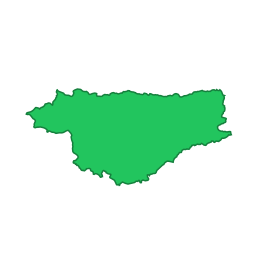 Soem Ngam, Lampang, Thailand, rotated 103°
{"feature_id": "78962969B38792830177275", "entity_name": "Soem Ngam", "entity_type": "district", "adm_level": 2, "iso_a3": "THA", "parent_name": "Thailand", "parent_adm1": "Lampang", "projection": "robinson", "projection_center": [99.143, 18.079], "detail": "fine", "context": "isolated", "style": "filled", "palette": "green", "viewbox_px": 256, "rotation_deg": 103, "n_neighbors": 0, "source": "geoboundaries", "source_scale": "gbopen_adm2", "svg_char_len": 5814}
<svg xmlns="http://www.w3.org/2000/svg" viewBox="0 0 256 256"><g transform="rotate(103 128 128)"><path d="M111.3,25.8L110.0,26.7L108.7,27.1L108.5,27.3L108.6,28.2L109.0,28.9L109.0,29.5L109.4,30.0L109.6,31.0L109.7,31.7L109.5,32.7L110.1,34.1L109.8,35.4L110.1,36.1L110.2,37.0L109.9,38.3L109.7,39.0L109.0,39.9L108.5,40.4L106.5,41.1L106.1,41.0L104.4,39.6L104.0,38.7L102.7,37.7L102.4,36.5L101.5,35.8L100.6,34.5L100.1,34.2L99.4,34.2L98.1,34.8L97.5,34.4L97.0,34.3L96.7,34.5L96.5,35.1L96.4,38.5L96.3,39.0L96.0,39.3L94.2,39.4L93.2,39.1L92.5,38.5L91.3,38.7L90.6,38.4L89.9,37.8L88.4,37.7L87.9,38.0L86.7,38.0L86.2,38.7L85.9,38.9L84.9,38.8L84.0,40.7L83.3,41.1L81.1,41.1L80.0,41.4L79.4,41.1L78.4,41.2L78.2,40.9L77.1,40.9L76.4,41.2L75.9,41.5L75.5,41.6L75.1,41.5L74.7,41.2L74.5,43.0L71.7,44.9L70.7,46.0L70.1,47.1L70.9,47.5L71.1,47.8L71.2,49.1L70.6,50.2L71.5,50.6L71.7,51.1L71.8,51.6L71.4,52.7L71.9,54.2L72.8,55.4L73.5,55.7L73.9,56.3L73.9,57.0L74.3,57.8L74.1,58.9L74.9,60.0L75.0,60.4L75.1,63.0L74.7,64.1L76.2,66.7L76.7,67.8L76.8,68.6L77.4,69.2L77.6,70.5L78.1,71.8L78.9,72.5L79.4,72.6L80.7,73.4L81.2,75.8L82.2,76.6L82.6,77.4L83.3,78.3L84.0,80.6L84.6,81.1L85.9,83.1L85.9,84.5L84.0,86.5L83.8,87.5L83.7,88.7L83.9,89.5L84.6,90.6L86.6,92.1L86.8,92.6L86.7,94.2L87.7,96.3L88.1,96.8L88.7,97.2L88.9,98.7L89.3,99.9L89.4,100.9L89.1,103.3L89.5,105.3L89.2,105.9L89.1,106.8L89.4,107.7L89.4,108.9L89.9,109.9L90.0,110.6L90.0,111.8L89.7,112.4L89.6,113.4L89.6,114.3L89.8,114.5L90.8,114.6L91.0,115.1L91.5,115.4L91.4,115.9L90.5,117.6L90.4,119.5L90.5,120.1L91.7,120.6L92.2,121.3L92.3,123.1L92.5,123.8L92.2,124.5L92.6,126.3L92.4,127.9L91.9,128.6L92.0,129.7L91.7,130.3L92.0,133.0L91.8,133.6L91.8,134.6L91.4,135.0L91.6,136.5L92.1,136.8L92.8,138.0L93.5,139.7L93.5,140.4L94.5,141.3L95.3,141.5L95.5,141.9L95.4,142.5L96.9,144.8L97.0,145.4L96.7,147.2L97.2,148.4L96.8,149.6L96.8,150.1L97.4,151.5L98.7,153.0L99.0,153.1L99.6,153.0L100.4,153.7L100.4,154.3L100.0,155.1L100.4,156.0L100.6,158.2L101.7,159.6L103.0,160.5L103.5,162.5L103.5,163.4L103.9,164.5L103.8,165.6L103.2,165.8L102.5,166.2L101.6,166.2L101.4,167.0L101.5,168.4L102.6,170.7L103.2,171.4L103.9,172.7L103.6,174.0L102.5,174.9L101.7,176.7L102.2,177.8L102.4,180.0L102.0,181.1L101.2,182.5L101.1,183.1L101.4,186.1L102.9,188.3L104.1,189.5L104.8,189.6L106.0,188.7L106.9,188.7L108.9,189.1L109.8,189.9L109.9,190.2L110.0,191.1L109.6,192.2L109.5,193.2L109.9,195.4L109.9,196.7L109.7,197.3L108.6,198.6L107.9,203.5L107.5,204.7L106.8,205.5L107.3,205.9L107.9,205.7L109.0,205.9L110.3,204.7L111.0,204.4L111.7,204.3L112.8,205.0L113.9,204.5L114.9,205.1L116.6,205.2L117.0,205.6L119.6,207.0L121.9,206.6L122.6,206.7L122.5,207.4L121.5,209.2L121.4,210.4L121.6,211.3L122.5,212.4L123.2,214.0L123.7,214.2L124.7,214.3L125.5,214.7L126.3,215.6L127.0,215.8L127.5,217.2L129.3,218.3L129.4,218.6L128.8,219.1L128.7,221.8L128.9,222.6L131.7,224.1L132.9,225.1L134.1,226.4L135.8,229.7L136.5,230.1L137.4,230.2L137.5,229.1L137.0,227.5L137.0,226.9L137.6,225.9L138.6,224.6L140.2,222.7L140.6,221.3L141.0,220.6L141.8,219.9L142.4,219.8L145.3,220.3L145.9,220.1L146.5,219.8L147.9,220.0L148.5,219.6L148.6,219.1L148.5,218.2L148.0,217.6L147.8,216.7L147.3,216.0L147.3,215.0L146.8,214.2L146.7,213.4L146.7,210.5L146.9,209.0L147.8,206.6L148.2,206.4L149.7,206.2L150.1,205.8L150.0,205.2L148.8,204.7L148.6,204.2L148.8,202.9L149.2,201.1L148.9,199.0L149.4,197.0L148.1,193.8L147.7,191.8L147.3,190.7L146.7,189.7L144.5,187.3L143.9,186.2L143.8,185.5L146.2,182.2L147.6,181.2L148.0,181.1L149.5,181.4L152.4,180.1L155.0,178.4L157.0,178.2L158.5,177.5L160.3,177.5L163.2,176.5L164.1,175.7L164.5,175.0L165.0,173.3L165.7,171.7L166.7,170.4L167.3,170.1L167.9,170.0L168.7,170.2L171.0,171.5L171.5,171.9L172.1,173.4L173.2,173.7L173.8,173.6L174.4,173.2L174.2,172.3L174.6,171.4L175.2,171.0L175.2,170.8L174.8,170.4L174.8,170.2L175.9,169.4L175.7,168.5L175.8,168.2L177.0,166.8L177.7,166.6L178.1,165.4L179.3,164.3L179.6,163.8L179.7,162.9L179.4,162.6L179.3,161.9L179.6,161.4L179.6,161.0L179.0,160.3L178.5,160.1L177.9,159.5L177.0,159.3L176.9,158.7L176.1,156.8L176.1,156.4L176.5,155.3L177.3,155.1L178.1,154.4L178.3,152.9L178.9,152.0L180.8,151.3L180.8,150.6L180.0,149.8L179.8,149.3L179.7,148.5L179.9,147.1L180.5,145.5L182.1,143.8L182.0,143.2L181.2,142.5L181.1,142.0L179.7,142.5L178.9,143.5L177.6,143.4L175.3,142.7L175.0,142.4L174.9,142.0L175.2,141.2L175.5,140.8L175.3,140.0L175.4,139.8L176.0,139.6L176.6,139.1L176.6,138.5L177.0,137.6L177.1,136.7L177.0,134.7L177.1,134.3L177.9,134.2L179.7,134.7L180.4,134.5L180.6,134.0L181.2,131.8L182.0,129.4L184.2,127.6L185.8,126.4L185.9,125.8L185.2,124.5L185.9,123.7L185.4,123.2L184.8,123.3L184.3,123.2L181.9,121.2L182.5,118.1L182.6,115.4L179.7,109.5L178.9,108.7L178.0,108.1L177.8,106.4L176.7,105.8L176.6,105.2L178.4,103.9L178.5,103.7L178.4,103.1L178.2,102.7L177.0,102.9L176.3,102.8L175.6,102.1L175.3,101.4L175.5,100.4L175.4,98.7L174.9,98.2L174.8,97.5L174.4,96.8L173.6,96.4L172.9,96.5L172.2,97.0L171.6,97.8L169.5,98.6L169.2,98.3L169.0,97.3L169.6,96.4L168.3,96.0L167.9,95.6L167.6,94.4L166.8,93.5L166.2,91.6L165.8,91.0L164.8,90.6L162.9,90.4L156.2,85.9L155.6,85.0L153.5,84.3L151.7,82.6L151.4,82.0L151.2,80.2L151.2,76.3L149.2,76.4L148.4,76.1L147.7,76.1L145.8,74.9L145.2,74.1L143.1,73.8L142.6,73.2L140.3,72.3L140.0,70.9L139.7,70.5L137.6,70.3L136.3,68.9L136.0,67.0L135.1,65.8L135.2,64.8L134.8,63.6L134.3,63.3L132.6,62.9L132.1,62.2L131.7,61.9L131.0,62.0L130.6,61.9L130.4,61.2L129.8,60.5L129.7,59.7L130.1,59.3L129.5,58.1L128.9,57.8L128.1,56.7L128.2,55.9L127.8,54.0L127.5,53.5L126.6,53.1L126.4,52.8L126.6,52.1L127.5,50.2L127.5,48.7L127.2,48.1L126.0,47.7L124.3,46.1L124.0,45.2L123.5,44.7L122.8,43.6L122.2,43.7L121.8,43.4L121.7,41.8L122.5,41.1L122.6,40.7L122.3,40.2L120.9,39.2L120.7,36.5L119.6,35.9L119.4,35.4L119.1,35.1L116.8,34.1L116.5,32.5L115.6,30.9L113.6,29.0L112.0,28.4L111.9,28.0L112.1,27.3L111.3,25.8Z" fill="#22c55e" stroke="#15803d" stroke-width="1.5"/></g></svg>